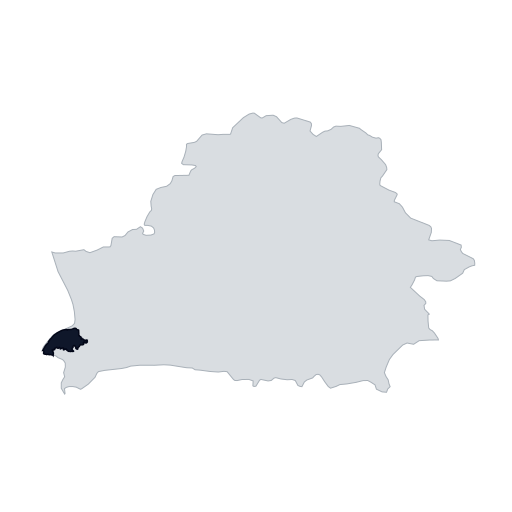 Kamenets, Brest, Belarus (highlighted), rotated 357°
{"feature_id": "67162791B59963656038120", "entity_name": "Kamenets", "entity_type": "district", "adm_level": 2, "iso_a3": "BLR", "parent_name": "Belarus", "parent_adm1": "Brest", "projection": "natural_earth1", "projection_center": [23.756, 52.4], "detail": "fine", "context": "in_parent", "style": "filled", "palette": "ink", "viewbox_px": 512, "rotation_deg": 357, "n_neighbors": 0, "source": "geoboundaries", "source_scale": "gbopen_adm2", "svg_char_len": 7676}
<svg xmlns="http://www.w3.org/2000/svg" viewBox="0 0 512 512"><g transform="rotate(357 256 256)"><path d="M433.8,349.4L425.0,349.0L414.5,349.1L408.8,352.4L402.3,350.8L397.8,352.6L387.7,361.5L383.8,366.3L380.2,373.7L378.1,379.2L379.5,383.1L381.5,386.6L382.1,390.5L383.1,393.5L380.6,395.7L379.2,398.9L374.8,398.3L369.3,395.3L368.1,390.9L363.8,387.8L361.1,386.2L356.6,386.0L349.4,387.4L340.1,388.5L333.0,388.8L329.2,390.4L323.5,391.9L321.3,390.1L318.0,385.1L315.2,380.2L313.4,378.0L311.8,377.4L309.9,377.5L307.8,379.1L306.2,380.7L300.3,382.5L297.7,384.3L295.0,388.9L293.1,388.5L291.1,387.5L288.7,382.4L285.6,381.2L280.6,381.2L274.4,380.1L269.4,378.5L267.6,378.9L264.7,381.1L261.5,381.4L254.4,379.5L253.0,380.3L249.1,386.0L247.2,386.2L246.1,385.5L246.6,380.6L242.5,378.9L235.6,378.6L230.7,379.4L228.4,379.2L227.1,378.2L221.1,370.0L217.9,369.5L212.3,369.9L204.0,368.9L194.5,367.1L189.2,366.4L186.5,364.5L180.6,363.9L164.8,360.5L158.3,359.8L148.8,359.8L134.4,359.0L125.1,359.4L120.9,360.6L115.9,361.3L98.8,362.3L92.6,363.2L90.9,364.9L88.9,368.7L81.8,375.2L74.9,379.5L73.7,379.9L69.7,377.6L66.3,376.8L62.4,376.6L59.6,377.3L57.8,378.4L58.1,383.4L57.7,383.9L54.6,377.9L54.9,372.5L56.6,369.4L58.6,366.6L57.8,362.4L59.8,356.9L59.9,353.0L59.0,351.2L57.4,349.3L52.9,347.1L50.9,345.3L44.9,343.0L38.9,340.2L37.9,338.4L38.2,337.2L39.2,335.4L43.8,330.1L48.8,324.9L51.9,322.8L68.7,316.2L71.3,313.8L72.0,309.9L71.7,302.0L70.7,294.8L69.4,289.8L66.2,280.5L57.5,261.2L52.3,241.3L55.7,242.5L63.6,242.9L70.0,241.5L73.2,241.4L76.1,241.8L84.5,240.7L86.5,242.5L90.3,244.0L97.6,241.8L104.0,239.0L110.7,239.3L111.7,237.9L113.3,230.8L115.3,229.3L123.3,230.0L126.3,228.7L129.4,225.3L134.1,223.1L138.1,223.1L142.1,220.7L144.2,222.3L145.2,225.2L143.9,227.5L144.5,228.5L147.3,229.6L152.2,229.6L155.3,228.6L156.0,227.3L156.0,224.9L155.2,222.6L153.1,220.7L149.2,219.7L146.5,219.6L146.0,218.4L146.9,215.8L149.3,210.9L152.2,206.5L154.0,204.9L154.3,203.3L153.9,200.7L153.8,195.9L156.3,189.2L159.8,184.2L164.6,182.6L170.4,181.7L174.1,179.3L175.9,176.6L177.4,172.3L179.2,171.4L193.2,171.9L195.3,167.6L196.5,166.4L199.2,165.2L201.0,163.6L200.3,162.5L196.7,161.7L188.3,161.0L186.6,159.6L187.1,157.9L189.3,153.5L191.3,147.8L192.3,143.4L192.4,140.8L193.6,140.1L200.4,139.3L202.7,138.4L208.5,132.4L212.9,131.4L224.5,132.9L229.8,132.8L236.5,133.2L237.1,132.6L239.4,126.7L250.6,117.2L256.6,113.9L260.4,113.1L261.8,113.3L268.0,118.3L269.5,118.5L273.5,116.4L280.5,116.3L283.8,118.0L288.7,124.1L291.1,124.9L297.9,121.4L301.6,120.3L304.1,120.3L317.2,125.1L318.2,126.6L318.3,128.4L316.5,134.0L319.3,137.5L322.5,139.8L329.0,135.9L331.4,134.9L334.1,134.8L337.7,133.4L340.2,131.3L342.6,130.5L347.4,131.0L356.0,130.5L366.1,133.9L367.0,134.9L372.2,138.9L374.0,140.9L375.7,141.5L378.4,143.4L382.0,144.6L384.5,144.3L385.7,144.9L386.9,146.4L387.1,149.0L387.0,156.4L383.5,160.3L383.1,161.7L383.3,163.3L386.3,166.5L390.2,171.5L391.1,174.4L391.2,176.6L386.4,182.9L384.8,184.4L383.8,187.6L383.3,190.8L383.7,192.1L392.3,197.2L398.6,199.9L400.1,201.3L400.2,202.1L397.1,207.6L396.9,209.1L401.9,211.3L404.8,214.9L407.5,220.7L412.5,226.3L430.5,234.5L432.1,236.0L432.7,237.7L432.3,241.6L429.3,248.9L432.4,250.0L440.2,249.7L449.8,250.6L461.4,255.8L461.5,258.1L460.4,260.2L461.3,262.4L462.6,264.3L472.8,270.1L473.8,271.8L474.1,274.6L473.9,276.7L471.2,277.1L468.2,278.1L463.3,280.5L461.5,284.0L453.7,288.9L448.8,291.0L444.9,291.1L435.4,290.2L432.0,287.8L430.5,285.6L426.9,284.6L422.0,284.5L415.4,284.9L414.1,285.5L413.1,288.2L410.4,292.8L408.5,295.4L417.3,304.5L421.7,308.3L423.1,310.6L423.1,312.2L421.2,314.1L421.6,318.0L426.0,323.1L424.6,323.9L424.4,330.2L424.7,336.9L425.9,338.5L428.2,339.9L430.2,342.3L433.5,347.9L433.8,349.4Z" fill="#d9dde1" stroke="#a8b0b8" stroke-width="1"/><path d="M68.8,341.6L68.8,341.4L68.6,341.2L68.4,340.9L68.1,340.7L67.9,340.4L67.7,340.1L67.5,339.7L67.5,339.4L67.5,338.9L67.6,338.6L67.8,338.3L67.9,338.2L68.2,338.0L68.5,337.6L68.5,337.4L68.5,337.1L68.6,336.8L68.7,336.4L69.1,336.1L69.3,335.9L69.5,335.9L69.8,335.9L70.0,336.0L70.5,336.4L70.5,336.7L70.7,337.0L71.0,337.2L71.2,337.6L71.3,338.0L71.3,338.3L71.2,338.5L71.3,338.7L71.4,338.9L71.7,339.3L72.0,339.5L72.3,339.6L72.6,339.7L72.9,339.7L73.1,339.6L73.2,339.4L73.0,339.2L73.0,338.9L72.9,338.6L73.0,338.5L73.2,338.4L73.4,338.2L73.6,338.1L74.0,337.7L74.5,337.3L74.8,337.0L75.0,336.7L75.4,336.2L75.6,335.9L75.7,335.7L75.9,335.5L76.1,335.3L76.3,335.3L76.5,335.4L76.8,335.5L77.2,335.6L77.6,335.6L78.0,335.6L78.5,335.5L78.9,335.4L79.2,335.1L79.3,334.8L79.4,334.4L79.3,334.2L79.0,334.0L79.0,333.7L79.2,333.4L79.4,333.2L79.5,333.0L79.9,332.9L80.2,332.9L80.5,333.1L80.6,333.3L80.7,333.6L80.9,333.8L81.1,333.9L81.5,333.9L82.1,333.9L82.2,333.7L82.5,333.6L82.8,333.3L83.0,333.1L83.1,332.8L82.8,332.5L82.5,332.3L82.5,332.0L82.7,331.9L82.9,331.7L83.0,331.6L83.1,331.3L82.9,331.2L82.7,331.1L82.3,331.0L82.0,331.0L81.8,331.2L81.7,331.2L81.5,331.3L81.1,331.4L80.8,331.3L80.6,331.1L80.3,330.9L80.1,330.9L79.8,330.8L79.6,330.7L79.4,330.4L79.3,330.2L79.0,330.0L78.7,329.8L78.3,329.7L78.1,329.7L77.9,329.8L77.7,330.0L77.2,330.1L76.9,330.0L76.7,329.8L76.7,329.6L76.8,329.5L77.0,329.4L77.5,329.1L77.6,328.9L77.1,328.6L77.0,328.3L77.0,328.1L77.0,327.9L76.9,327.7L76.7,327.5L76.5,327.3L76.3,327.2L76.0,327.1L75.8,327.1L75.5,326.9L75.4,326.7L75.3,326.4L75.3,326.1L75.1,326.0L74.9,325.9L74.8,325.6L74.8,325.4L74.9,324.9L75.0,324.5L75.0,323.5L75.0,323.0L75.0,322.6L75.0,322.1L75.0,321.7L75.0,321.4L75.0,321.0L75.0,320.8L74.9,320.7L74.6,320.5L74.0,320.3L73.5,320.2L73.0,319.9L72.9,319.8L72.8,319.5L72.7,319.3L72.6,319.1L72.3,318.9L71.9,318.8L71.6,318.7L71.1,318.7L70.8,318.7L70.3,318.8L70.0,318.9L69.6,319.1L69.2,319.3L68.9,319.3L68.6,319.4L68.2,319.6L67.8,319.7L67.3,319.7L66.6,319.7L66.1,319.7L65.4,319.7L64.9,319.6L64.5,319.6L64.4,319.7L63.9,320.0L63.6,320.0L63.6,319.7L63.0,319.5L62.1,319.5L60.7,319.7L59.2,319.9L58.2,320.2L57.2,320.6L54.6,321.8L53.7,322.2L52.2,323.2L51.0,323.9L50.1,324.5L48.9,325.7L48.1,326.5L47.2,327.6L46.3,328.2L45.4,329.3L44.4,330.5L44.2,330.9L44.1,331.5L43.8,332.1L43.1,332.7L42.2,333.3L41.8,333.8L40.9,334.9L40.1,336.1L39.4,337.2L38.8,338.2L38.1,339.2L38.7,339.2L39.0,339.6L39.2,340.3L39.0,341.3L38.8,341.6L38.8,342.3L38.9,342.5L39.5,342.8L40.3,343.1L41.0,343.1L41.9,343.5L42.1,343.4L42.6,343.3L43.4,343.3L43.8,343.3L43.9,343.6L44.2,343.8L45.0,343.7L45.6,343.7L46.4,344.0L47.4,344.2L48.0,344.5L48.2,344.8L48.4,343.9L48.5,343.1L48.5,342.8L48.6,342.4L48.6,342.1L48.4,341.8L48.3,341.5L48.3,341.3L48.1,341.1L47.9,340.9L47.9,340.6L48.1,340.4L48.3,340.1L48.3,339.9L48.2,339.6L47.9,339.5L47.7,339.4L47.6,339.2L47.8,339.1L48.0,339.1L48.4,338.9L48.6,338.9L49.0,339.0L49.3,339.0L49.7,339.0L50.0,338.9L50.1,338.6L50.2,338.4L50.0,338.1L49.9,337.8L50.1,337.6L50.3,337.6L50.6,337.6L50.9,337.3L51.2,337.3L51.4,337.3L51.7,337.1L51.8,336.9L52.0,336.8L52.3,336.7L52.4,336.9L52.5,337.1L52.6,337.3L52.9,337.5L53.0,337.6L53.5,337.8L54.0,337.7L54.3,337.5L54.4,337.3L54.5,337.1L54.7,336.9L54.9,336.9L55.2,337.1L55.5,337.6L55.6,337.9L55.7,338.3L55.7,338.5L56.0,338.6L56.3,338.5L56.5,338.3L56.8,338.1L57.2,338.0L57.4,337.9L57.6,337.8L57.9,337.7L58.2,337.6L58.4,337.6L58.8,337.7L59.0,337.9L59.1,338.1L59.0,338.4L58.8,338.7L58.7,338.8L58.7,339.1L58.7,339.4L58.8,339.6L59.1,339.7L59.4,339.6L59.6,339.5L59.8,339.4L60.0,339.3L60.4,339.2L60.6,339.1L60.8,339.1L61.1,339.0L61.3,338.9L61.5,338.9L61.7,339.2L61.7,339.4L61.8,339.6L61.9,339.8L62.2,339.8L62.4,340.0L62.5,340.4L62.6,340.5L63.0,340.6L63.3,340.7L63.4,340.9L63.4,341.1L63.5,341.3L63.8,341.4L64.2,341.4L64.4,341.4L64.7,341.4L64.9,341.5L65.2,341.6L65.5,341.7L65.8,341.7L66.0,341.6L66.3,341.6L66.6,341.5L66.9,341.6L67.2,341.6L67.4,341.7L67.8,341.7L68.1,341.7L68.5,341.7L68.8,341.6Z" fill="#0f172a" stroke="#020617" stroke-width="1.5"/></g></svg>